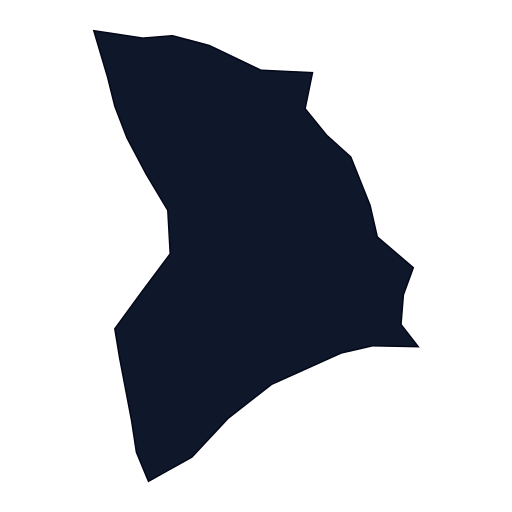 Spilia, Nicosia, Cyprus (orthographic projection)
{"feature_id": "46923920B71237456282440", "entity_name": "Spilia", "entity_type": "district", "adm_level": 2, "iso_a3": "CYP", "parent_name": "Cyprus", "parent_adm1": "Nicosia", "projection": "orthographic", "projection_center": [32.941, 34.966], "detail": "fine", "context": "isolated", "style": "filled", "palette": "ink", "viewbox_px": 512, "rotation_deg": 0, "n_neighbors": 0, "source": "geoboundaries", "source_scale": "gbopen_adm2", "svg_char_len": 602}
<svg xmlns="http://www.w3.org/2000/svg" viewBox="0 0 512 512"><path d="M93.8,30.7L107.6,77.2L114.8,106.2L126.9,137.7L146.1,174.0L167.8,210.3L170.2,253.8L141.3,292.5L114.8,328.8L119.6,357.9L131.6,420.8L136.4,452.2L146.5,476.6L148.5,481.3L166.5,471.2L191.9,457.1L209.4,438.3L216.1,431.2L228.0,418.4L246.9,403.6L271.4,384.5L271.9,384.2L341.2,353.0L372.5,345.8L399.1,346.3L418.2,346.7L401.0,324.5L403.4,294.8L413.3,267.7L377.3,236.9L370.1,205.4L350.8,157.0L326.7,135.3L305.1,108.7L312.5,72.7L260.9,70.2L209.3,45.5L172.4,35.7L142.9,38.1L93.8,30.7Z" fill="#0f172a" stroke="#020617" stroke-width="1.5"/></svg>